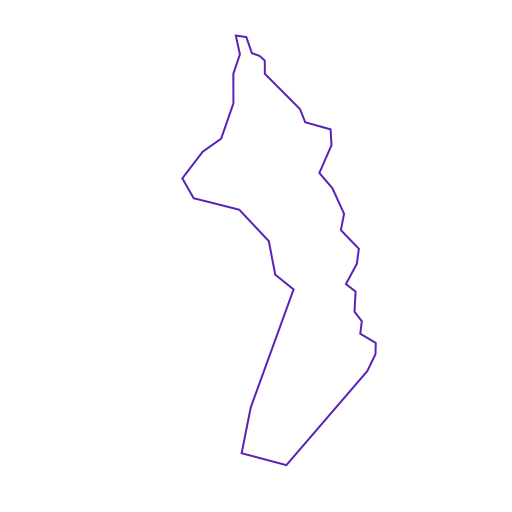 outline of Gogrial East, Warrap, South Sudan, rotated 132°
{"feature_id": "79223893B33443861604681", "entity_name": "Gogrial East", "entity_type": "district", "adm_level": 2, "iso_a3": "SSD", "parent_name": "South Sudan", "parent_adm1": "Warrap", "projection": "mercator", "projection_center": [28.468, 8.516], "detail": "fine", "context": "isolated", "style": "outline", "palette": "violet", "viewbox_px": 512, "rotation_deg": 132, "n_neighbors": 0, "source": "geoboundaries", "source_scale": "gbopen_adm2", "svg_char_len": 630}
<svg xmlns="http://www.w3.org/2000/svg" viewBox="0 0 512 512"><g transform="rotate(132 256 256)"><path d="M267.0,96.3L249.0,101.5L240.5,108.8L244.0,126.5L233.7,133.7L231.5,145.5L215.8,158.2L216.7,170.4L194.4,175.8L181.8,184.4L180.0,210.2L165.7,218.8L154.5,244.6L151.9,264.5L123.2,274.0L112.0,285.3L123.7,308.9L117.4,321.5L114.7,371.3L104.9,380.3L104.9,387.1L108.0,394.8L99.8,409.7L105.7,418.5L116.9,402.9L135.7,394.8L157.7,374.9L192.1,360.4L214.1,365.4L247.6,362.7L254.8,341.0L232.8,299.4L236.4,256.4L257.0,229.2L255.7,205.7L372.0,158.6L412.2,134.7L391.1,93.5L267.0,96.3Z" fill="none" stroke="#5b21b6" stroke-width="2"/></g></svg>